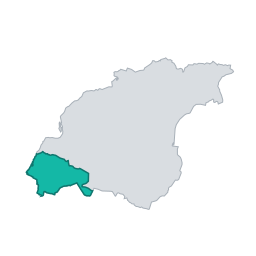 Sistan and Baluchestan highlighted on a map of Iran, rotated 108°
{"feature_id": "IRN-3247", "entity_name": "Sistan and Baluchestan", "entity_type": "Province", "adm_level": 1, "iso_a3": "IRN", "parent_name": "Iran", "parent_adm1": "", "projection": "mercator", "projection_center": [61.271, 28.254], "detail": "fine", "context": "in_parent", "style": "filled", "palette": "teal", "viewbox_px": 256, "rotation_deg": 108, "n_neighbors": 0, "source": "natural_earth", "source_scale": "10m", "svg_char_len": 8167}
<svg xmlns="http://www.w3.org/2000/svg" viewBox="0 0 256 256"><g transform="rotate(108 128 128)"><path d="M130.3,74.4L132.9,74.5L137.7,72.9L138.2,72.5L139.6,69.2L141.3,67.7L144.2,65.9L146.1,65.3L152.7,65.6L153.1,64.2L154.3,63.5L161.4,63.9L162.5,65.0L162.9,66.9L168.9,68.6L170.1,69.1L171.5,70.5L172.7,70.9L174.3,70.3L175.2,70.7L176.8,70.3L181.4,72.4L182.0,74.5L182.8,75.5L183.8,76.4L187.5,78.0L188.6,78.9L191.2,82.8L198.6,82.7L199.1,83.5L199.0,85.2L199.5,89.1L198.9,90.6L199.9,91.8L199.7,94.3L200.1,96.0L199.3,98.3L198.4,98.8L198.9,100.8L198.1,102.8L198.2,103.6L197.1,105.3L197.0,105.9L194.9,107.5L196.4,109.8L194.1,109.9L192.6,112.3L193.0,115.2L192.6,116.7L192.8,117.5L193.4,118.1L196.6,118.7L196.7,119.1L193.3,123.2L193.5,124.9L195.9,133.2L195.5,137.4L195.8,141.7L203.7,142.9L204.6,144.0L205.2,146.4L205.2,148.1L204.9,149.0L196.0,159.7L200.5,165.0L200.7,166.2L203.4,171.3L205.9,174.0L210.3,175.4L212.3,177.3L214.1,177.2L214.0,179.8L214.7,185.2L214.1,187.7L215.6,188.2L218.0,187.8L218.9,188.3L219.3,189.2L218.7,189.7L218.8,191.8L218.2,192.3L217.9,194.2L214.4,194.3L211.1,195.2L209.9,195.9L209.2,197.4L208.2,197.2L207.8,197.8L205.5,198.7L204.6,202.8L203.8,203.7L203.0,209.5L202.5,209.6L201.4,210.6L194.3,208.7L193.6,207.3L192.8,207.0L191.8,208.4L188.2,207.6L187.0,207.8L186.3,207.4L184.4,207.4L182.8,206.6L179.0,207.3L176.6,205.8L174.1,205.4L171.0,205.4L168.4,204.4L167.1,204.8L166.5,204.0L162.7,203.3L161.5,200.7L161.5,199.4L160.5,197.2L160.2,193.9L159.4,191.5L157.8,189.6L153.5,188.4L151.2,189.0L149.5,190.1L146.8,190.8L144.6,193.0L143.4,192.8L138.3,195.8L137.2,195.7L133.5,193.8L131.8,193.4L128.3,193.4L126.4,192.1L125.9,191.1L121.5,189.0L118.7,187.1L117.9,185.3L116.7,184.0L114.0,182.9L112.4,181.7L108.3,181.3L105.3,178.4L105.3,177.5L103.6,174.3L103.3,172.0L102.9,171.4L101.4,170.5L101.2,169.8L101.5,168.4L99.6,167.5L99.3,166.8L99.4,164.5L94.8,159.0L93.9,156.0L93.0,155.9L89.0,157.8L87.8,156.7L84.2,154.8L83.7,154.1L84.6,153.7L85.5,154.0L86.1,153.6L85.8,153.0L84.9,152.6L83.7,152.6L84.1,153.2L82.9,153.8L82.7,154.6L82.9,156.8L82.5,157.5L80.6,157.9L79.4,158.6L78.4,157.7L78.0,156.1L77.4,155.0L76.4,154.6L75.6,153.6L74.4,153.1L74.3,147.3L71.2,147.1L71.2,142.7L72.6,138.3L69.6,134.4L68.3,131.3L67.5,130.7L65.9,130.8L60.7,126.7L58.8,125.6L56.3,125.3L56.0,123.8L56.7,122.2L55.5,120.1L55.1,119.5L54.1,119.2L54.1,117.9L52.8,118.0L50.3,114.3L49.6,113.8L50.9,111.0L49.9,108.7L50.5,106.8L51.8,106.8L52.2,104.3L54.5,101.6L56.5,100.4L56.7,99.6L56.3,98.2L55.0,96.4L55.2,94.9L55.6,94.1L57.8,93.3L57.9,92.9L56.9,92.4L53.2,92.4L51.1,90.5L49.2,90.1L48.1,86.1L47.8,85.6L46.9,85.5L46.3,84.7L46.0,82.1L44.7,80.9L43.6,76.9L43.5,75.9L43.8,75.0L41.8,73.3L41.5,70.6L41.9,70.0L39.5,68.1L38.4,68.0L38.3,67.6L39.9,63.5L40.6,62.5L39.1,61.9L39.1,59.8L38.7,58.1L38.9,56.4L37.9,55.2L37.7,54.5L38.0,52.7L37.1,51.8L36.5,49.8L40.0,49.3L40.6,46.3L41.9,45.0L44.1,46.5L47.1,51.3L49.0,52.7L50.3,54.3L56.9,56.0L58.3,55.5L60.5,55.6L63.4,52.6L64.6,52.2L68.0,49.2L72.1,46.5L74.2,46.0L77.3,49.5L75.5,50.6L75.2,51.5L75.4,52.3L76.8,53.2L77.0,54.2L76.5,54.7L74.7,55.2L74.2,56.2L76.2,57.8L77.1,59.1L78.2,59.5L79.9,61.6L82.5,61.3L83.0,66.4L84.5,70.5L87.2,72.3L94.4,73.6L95.2,74.4L96.4,76.7L98.2,78.3L103.8,81.5L109.9,83.1L114.0,83.0L128.9,79.3L130.3,79.3L128.1,80.2L128.9,80.6L130.8,80.6L131.3,80.3L131.3,79.7L130.3,74.4ZM151.9,191.4L151.0,192.6L149.6,193.7L148.6,193.4L144.6,195.0L143.5,194.9L143.4,194.4L147.8,192.5L148.0,192.0L147.8,191.1L149.2,191.5L150.8,190.7L152.1,190.5L152.7,191.0L151.9,191.4Z" fill="#d9dde1" stroke="#a8b0b8" stroke-width="1"/><path d="M203.2,142.8L203.7,142.9L204.0,143.0L204.5,143.6L204.6,143.8L204.5,144.3L204.5,144.5L204.9,145.2L204.9,145.4L205.0,145.7L205.0,145.8L205.1,146.2L205.3,146.6L205.3,146.8L205.3,147.0L205.2,147.2L205.1,147.6L205.1,148.5L205.0,148.8L204.9,149.0L204.1,150.0L202.9,151.4L201.9,152.7L201.1,153.7L200.1,154.9L199.5,155.5L198.7,156.5L197.3,158.2L196.5,159.1L196.0,159.7L196.8,160.6L197.3,161.2L197.9,162.0L198.6,162.8L199.3,163.7L200.1,164.6L200.3,164.8L200.5,164.9L200.7,165.0L200.8,165.3L200.7,165.5L200.6,165.9L200.6,166.1L200.7,166.3L201.0,166.6L201.1,166.8L201.2,167.2L201.2,167.3L201.3,167.4L201.4,167.5L201.5,167.5L201.8,167.9L201.8,168.0L202.0,168.1L202.1,168.3L202.0,168.5L201.9,168.5L202.0,168.7L202.1,168.8L202.3,169.0L202.7,169.9L202.8,170.1L202.8,170.3L202.8,170.5L203.1,170.8L203.4,171.4L203.7,171.7L204.6,172.6L205.0,173.1L205.6,173.7L205.9,174.0L206.1,174.1L206.7,174.3L207.1,174.5L207.4,174.6L208.1,174.7L208.4,174.7L209.1,175.1L210.4,175.3L210.7,175.5L210.8,175.6L210.9,175.9L211.1,176.0L211.3,176.0L211.5,176.4L211.6,176.6L212.2,177.3L212.4,177.4L214.0,177.1L214.2,177.6L214.1,178.7L213.9,179.9L214.1,180.6L214.4,181.7L214.4,182.3L214.5,183.2L214.5,183.7L214.6,184.7L214.7,185.3L214.6,185.7L214.1,186.8L214.3,187.0L214.3,187.3L214.3,187.5L214.2,187.6L214.4,188.1L214.5,188.1L214.8,188.1L215.1,188.2L215.4,188.3L215.7,188.2L216.2,188.1L216.5,188.1L217.0,187.9L217.4,187.9L217.5,187.9L218.0,187.8L218.5,188.0L218.8,188.2L218.9,188.3L219.0,188.4L219.1,188.6L219.5,189.3L219.3,189.2L219.1,189.2L218.9,189.3L218.8,189.5L218.7,189.7L218.6,189.8L218.6,190.0L218.7,191.2L218.7,191.4L218.9,191.5L218.9,191.9L218.8,192.0L218.4,192.1L218.2,192.2L218.2,192.3L218.1,193.9L218.0,194.3L217.8,194.5L217.7,194.5L217.5,194.4L217.4,194.4L217.1,194.4L216.7,194.4L216.3,194.4L215.5,194.3L214.7,194.3L214.1,194.3L213.9,194.4L213.8,194.6L213.7,194.7L213.3,194.8L213.2,194.8L213.1,194.7L212.9,194.8L212.6,195.0L211.0,195.2L210.9,195.2L210.8,195.4L210.7,195.4L210.4,195.4L210.3,195.5L210.1,195.6L209.9,195.7L209.7,195.8L209.7,196.0L209.8,196.0L209.7,196.3L209.4,196.6L209.4,197.0L209.5,197.2L209.5,197.3L209.3,197.4L208.9,197.4L208.5,197.2L208.1,197.2L208.0,197.4L207.9,197.7L207.8,197.8L207.5,197.9L207.3,197.9L207.1,198.0L206.7,198.2L205.6,198.6L205.4,198.7L205.2,199.0L205.2,199.4L205.1,200.0L205.0,200.6L204.9,201.2L204.8,202.1L204.7,202.8L204.6,203.0L204.3,203.2L204.1,203.2L203.9,203.3L203.7,203.6L203.8,203.9L203.9,204.4L203.9,204.7L203.8,204.8L203.7,204.9L203.6,205.0L203.5,205.8L203.5,206.7L203.4,207.8L203.4,208.6L203.1,209.5L203.0,209.4L203.0,209.2L202.8,209.1L202.7,209.0L202.6,209.3L202.7,209.5L202.8,209.5L202.6,209.5L202.4,209.4L202.1,209.6L202.3,209.7L202.4,209.8L202.2,210.1L202.2,210.3L202.0,210.5L201.5,210.6L201.4,211.0L199.8,210.5L199.2,210.3L199.2,210.2L199.1,209.9L197.8,209.4L196.2,209.2L194.9,208.9L194.0,208.7L193.8,208.7L194.0,208.5L193.8,208.2L193.7,208.1L193.7,207.5L193.7,207.4L193.4,207.0L193.2,206.9L192.9,206.9L192.2,207.1L192.0,207.4L191.8,207.6L191.7,207.7L191.8,207.8L191.8,208.0L192.0,208.1L192.3,208.3L192.2,208.3L192.5,208.5L192.4,208.6L192.0,208.4L191.6,208.3L191.4,208.2L191.0,208.2L190.7,207.9L190.8,207.8L190.9,207.7L190.7,207.7L190.2,207.7L189.9,207.7L189.8,207.8L190.0,208.1L190.0,208.3L189.7,208.3L189.5,208.1L189.4,208.1L189.1,208.1L188.9,207.9L188.4,207.8L187.9,207.9L187.4,207.9L187.1,208.2L186.7,208.0L186.3,207.7L185.9,207.5L184.8,207.6L184.3,207.6L183.6,207.4L183.2,207.0L182.8,206.8L182.3,206.9L181.2,207.1L180.9,207.1L180.9,206.9L181.1,206.8L181.1,206.6L181.1,206.4L180.9,206.2L180.5,205.7L180.4,205.5L180.3,205.3L180.2,205.1L180.0,204.9L179.8,204.8L179.5,204.6L179.5,204.2L179.2,203.7L177.4,202.1L177.1,201.9L176.9,201.9L176.9,201.7L176.9,201.3L177.1,201.1L177.4,200.6L177.5,200.2L177.5,199.5L177.6,199.2L177.7,198.7L177.9,198.5L178.0,198.1L177.9,197.7L177.6,197.3L177.4,196.7L177.7,196.2L178.0,195.8L178.0,195.5L177.7,195.2L177.8,194.5L178.0,193.7L177.5,192.7L176.8,191.8L176.6,191.1L176.6,190.4L176.6,190.0L176.4,189.1L176.4,188.1L177.5,183.8L177.6,182.6L177.5,178.9L178.6,177.4L178.9,176.5L178.6,175.9L177.8,175.3L177.5,174.8L178.0,174.5L179.1,174.1L181.3,172.8L181.7,172.5L182.0,172.2L182.0,171.8L181.9,171.4L181.6,170.8L181.6,169.9L181.5,169.2L181.6,168.5L182.4,167.3L182.7,166.2L182.7,165.2L182.4,162.9L182.0,162.0L181.6,161.7L181.4,161.5L181.5,160.5L183.4,151.5L183.7,151.4L190.8,149.3L191.3,149.4L191.7,149.8L191.9,150.0L192.8,150.2L193.9,151.1L195.4,153.2L196.2,153.9L197.5,153.8L197.8,153.7L198.0,153.5L198.0,153.1L197.5,151.0L197.4,150.1L197.6,147.2L198.1,145.6L198.7,144.2L198.8,142.8L198.7,142.2L200.3,142.4L202.1,142.7L203.2,142.8Z" fill="#14b8a6" stroke="#0f766e" stroke-width="1.5"/></g></svg>